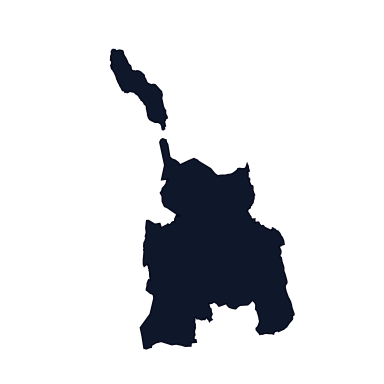 Tenancingo, México, Mexico (Equal Earth projection), rotated 168°
{"feature_id": "50627088B61116384552584", "entity_name": "Tenancingo", "entity_type": "district", "adm_level": 2, "iso_a3": "MEX", "parent_name": "Mexico", "parent_adm1": "México", "projection": "equal_earth", "projection_center": [-99.568, 18.93], "detail": "fine", "context": "isolated", "style": "filled", "palette": "ink", "viewbox_px": 384, "rotation_deg": 168, "n_neighbors": 0, "source": "geoboundaries", "source_scale": "gbopen_adm2", "svg_char_len": 6004}
<svg xmlns="http://www.w3.org/2000/svg" viewBox="0 0 384 384"><g transform="rotate(168 192 192)"><path d="M201.8,61.7L201.0,62.4L198.9,63.0L199.7,64.5L199.6,65.6L198.9,66.9L197.7,68.5L198.0,69.2L198.1,70.8L197.8,73.7L198.8,74.9L199.1,79.3L195.6,79.1L194.3,79.7L194.3,79.9L192.5,79.5L192.1,78.8L191.1,78.3L189.4,74.7L181.3,75.8L181.0,73.8L179.4,71.5L176.1,69.6L173.5,68.7L171.4,70.2L169.1,71.1L168.0,71.2L161.0,70.1L159.0,71.1L155.7,73.5L154.9,73.1L153.3,70.4L152.9,68.2L154.1,64.0L153.1,62.3L152.5,55.8L152.7,53.9L152.6,52.2L152.7,51.2L153.6,49.6L155.4,46.8L156.5,45.9L157.5,45.4L157.8,43.8L157.4,42.9L157.1,42.7L156.2,40.7L155.8,40.4L155.3,38.6L153.6,38.6L152.3,38.2L151.7,38.5L150.4,38.6L148.1,38.3L146.4,37.6L143.4,37.0L141.8,36.1L141.6,36.7L140.5,37.9L139.5,38.4L137.0,38.4L136.6,38.2L136.4,37.6L132.0,38.6L131.3,38.6L127.3,40.6L125.0,43.0L120.5,46.5L120.0,47.3L119.6,50.1L117.9,50.6L117.6,51.7L118.4,58.0L118.3,60.4L118.5,64.2L119.0,65.9L119.1,66.9L119.6,68.1L119.9,69.3L120.7,75.2L120.8,78.9L120.5,80.8L120.0,81.6L118.1,83.4L117.8,85.6L118.2,92.4L118.7,95.8L118.0,99.1L118.0,100.2L118.6,105.4L118.4,109.2L119.3,110.5L119.5,111.5L118.2,113.2L117.5,114.9L117.3,116.1L118.2,120.4L115.0,121.5L112.8,121.7L112.6,125.4L113.2,128.7L114.2,130.7L114.6,132.9L116.2,136.0L117.3,136.0L118.5,138.3L119.2,138.5L120.0,139.5L120.3,139.5L120.7,140.6L120.9,139.1L121.4,138.4L122.1,138.1L122.2,138.4L122.7,138.0L128.0,142.0L128.7,142.9L129.1,144.0L129.7,144.5L131.5,144.2L132.8,146.9L132.8,147.8L133.4,148.8L134.8,148.9L136.4,148.5L136.6,149.8L136.5,151.6L136.1,152.5L138.5,152.9L138.8,152.4L139.3,152.6L139.7,154.5L139.6,155.6L140.9,158.3L140.9,159.3L141.4,160.1L141.7,161.2L141.7,162.2L141.0,162.9L140.6,163.8L138.9,164.1L138.4,164.5L137.9,165.9L137.5,166.5L136.5,166.7L136.3,167.4L135.5,168.3L134.6,168.8L133.9,170.8L132.9,172.4L132.7,173.4L132.4,173.9L132.5,175.0L131.4,176.0L132.0,179.0L132.1,181.9L131.6,183.2L131.4,184.9L131.5,185.4L132.5,185.9L133.2,186.7L133.8,190.5L133.1,192.1L133.0,193.3L133.8,193.8L134.3,194.8L133.4,197.9L133.8,199.8L133.7,200.3L133.3,200.5L132.5,200.1L132.1,200.2L131.7,200.8L131.7,201.8L132.0,203.4L131.7,205.2L132.2,208.0L134.1,204.7L134.3,204.7L134.8,204.0L137.7,204.1L140.6,205.2L142.3,205.2L142.8,204.3L145.5,202.8L148.1,201.7L150.5,201.2L153.0,201.5L156.0,201.4L158.9,202.1L163.7,202.6L166.0,205.3L169.0,211.0L179.4,220.7L179.7,221.5L180.8,222.6L182.3,223.5L183.0,224.3L188.8,223.2L198.2,221.0L199.2,223.6L201.9,226.6L204.7,228.3L206.3,230.5L206.5,231.0L205.9,243.6L206.7,246.0L206.7,248.5L207.4,248.6L209.5,250.2L211.6,249.4L213.1,247.4L213.1,223.9L219.2,210.3L213.6,209.9L212.7,209.6L212.6,209.2L212.9,208.8L213.9,208.8L214.3,208.3L215.5,205.6L217.3,203.8L220.1,201.8L221.4,199.2L223.1,197.7L222.0,194.1L223.0,189.0L221.9,183.6L219.6,182.1L209.3,171.3L210.5,171.2L210.7,171.5L211.2,171.3L211.6,171.6L211.8,172.3L212.1,172.3L214.4,169.2L214.8,167.7L215.5,166.4L216.0,166.4L216.3,166.7L216.8,166.8L218.0,166.4L219.5,165.0L220.3,164.7L221.0,164.6L222.3,165.7L223.7,164.8L225.2,164.6L229.5,163.2L230.0,167.9L235.1,168.1L240.5,173.2L242.3,173.4L244.6,166.5L245.0,161.9L246.9,158.1L246.3,156.9L247.3,155.5L247.8,154.3L249.4,152.4L250.5,149.0L250.5,146.5L251.2,145.8L251.2,143.6L253.6,135.8L254.6,131.3L254.2,129.2L250.7,131.0L250.4,129.5L250.0,129.2L250.2,126.6L249.8,124.9L250.2,124.3L250.0,124.1L250.1,121.7L250.7,119.1L250.7,117.7L251.1,114.6L251.6,114.9L252.2,114.6L252.5,114.9L252.7,114.6L252.9,114.8L253.4,114.1L254.7,112.0L255.7,108.6L256.6,107.1L257.0,105.6L254.1,102.2L253.8,101.5L252.0,100.7L251.1,99.1L251.3,96.0L258.3,81.2L270.7,70.0L270.7,62.0L271.4,49.2L269.3,48.1L266.5,48.6L264.1,48.6L263.5,50.4L262.5,50.8L258.6,52.1L253.2,52.3L243.6,46.9L239.1,46.6L233.9,44.4L230.8,42.6L225.1,41.6L224.2,44.8L219.0,44.2L218.9,46.0L219.0,46.7L220.6,46.9L220.4,48.9L220.0,50.4L218.8,51.7L219.0,53.7L218.3,56.7L217.9,56.7L217.0,58.7L217.2,58.9L216.5,61.3L216.6,63.9L216.9,64.3L215.9,66.2L215.7,67.7L215.2,68.6L214.9,68.5L214.3,68.8L213.7,68.2L213.5,67.0L211.6,66.6L209.0,64.9L208.0,65.3L207.8,65.1L207.2,65.2L206.2,64.6L205.5,65.0L204.9,65.9L204.1,66.1L203.8,65.9L203.7,66.1L202.9,64.9L203.1,64.7L202.1,63.3L201.8,61.7ZM207.3,258.8L205.7,259.5L205.7,260.8L205.4,261.4L204.2,262.2L204.4,263.7L204.3,265.1L204.5,266.5L203.2,267.8L202.7,269.0L201.6,269.5L201.1,269.4L200.7,270.5L201.5,273.5L201.5,275.0L201.4,276.1L200.9,276.8L202.0,279.9L202.2,281.3L202.3,284.4L202.2,288.2L202.4,288.7L202.2,290.3L201.0,293.1L201.0,296.8L201.9,297.9L205.6,304.4L206.7,305.0L207.7,305.3L209.6,305.2L212.9,307.7L213.4,308.9L213.9,311.1L213.9,312.1L214.6,313.4L214.6,316.4L217.5,320.3L218.9,321.3L220.0,321.8L221.0,322.0L221.6,321.7L223.8,322.6L224.5,322.6L225.1,323.1L225.7,324.0L225.9,325.1L225.8,327.1L226.0,328.2L227.6,330.5L228.1,332.3L228.1,333.3L228.6,335.0L228.6,335.6L230.0,339.5L230.4,341.7L230.2,343.4L230.6,344.5L231.3,345.0L233.8,345.9L236.7,345.6L237.3,346.2L237.7,347.3L238.7,347.3L239.5,347.9L240.7,347.3L241.4,346.6L241.7,345.8L241.9,343.7L243.0,342.1L243.5,340.7L243.8,338.9L244.2,338.2L244.2,337.8L243.7,337.6L243.5,336.3L243.5,335.4L243.9,334.3L243.6,333.8L243.9,333.3L245.1,332.9L245.2,332.2L244.7,331.4L244.3,331.1L244.3,330.7L244.4,330.4L245.1,330.3L245.1,329.8L244.9,329.1L244.1,328.3L243.9,327.0L243.2,325.4L242.8,323.8L242.2,320.9L242.0,317.3L241.6,317.0L241.4,316.5L241.7,315.4L241.2,314.3L241.0,313.0L240.4,312.5L240.5,311.0L239.6,308.9L239.1,306.5L238.6,305.6L237.9,305.6L237.0,304.6L236.9,303.5L235.6,303.5L234.8,302.7L233.4,302.9L232.3,303.6L227.8,301.7L227.2,300.7L226.8,300.7L226.6,299.7L225.2,298.5L224.4,297.4L224.0,296.4L223.8,296.2L223.8,295.5L222.7,293.4L222.5,292.2L221.8,291.9L221.1,290.5L220.6,290.1L220.5,289.0L220.3,287.9L219.7,287.6L219.6,287.0L219.3,286.9L218.7,285.5L219.1,283.3L219.1,278.1L219.3,277.0L219.3,275.4L218.9,274.4L219.1,273.9L219.0,273.2L217.8,271.1L217.1,271.1L216.8,270.4L216.1,269.6L215.4,269.5L214.1,268.1L211.4,267.3L210.8,267.5L208.4,265.3L207.9,263.1L208.0,259.4L207.3,258.8Z" fill="#0f172a" stroke="#020617" stroke-width="1.5"/></g></svg>